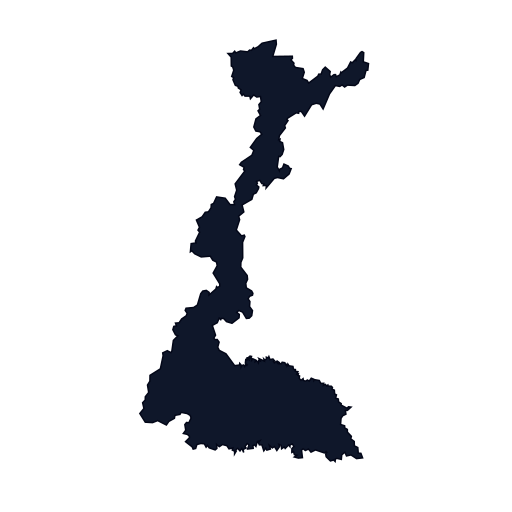 Istmina, Chocó, Colombia, rotated 354°
{"feature_id": "7082276B37005238590154", "entity_name": "Istmina", "entity_type": "district", "adm_level": 2, "iso_a3": "COL", "parent_name": "Colombia", "parent_adm1": "Chocó", "projection": "robinson", "projection_center": [-76.831, 4.831], "detail": "fine", "context": "isolated", "style": "filled", "palette": "ink", "viewbox_px": 512, "rotation_deg": 354, "n_neighbors": 0, "source": "geoboundaries", "source_scale": "gbopen_adm2", "svg_char_len": 6089}
<svg xmlns="http://www.w3.org/2000/svg" viewBox="0 0 512 512"><g transform="rotate(354 256 256)"><path d="M318.9,122.0L327.1,111.4L331.9,110.4L335.5,111.6L338.1,116.8L346.1,102.4L352.8,94.8L357.0,96.1L359.5,94.9L361.8,97.2L364.8,95.6L372.1,96.8L375.5,94.9L377.6,91.3L382.2,89.8L384.8,82.9L386.6,82.9L388.0,76.4L383.0,74.1L384.4,65.0L382.8,63.8L381.2,64.5L376.1,70.2L375.8,72.0L375.1,71.3L371.9,73.9L370.4,72.9L366.7,78.6L360.0,82.7L359.6,82.0L358.3,84.7L354.5,86.1L354.1,83.9L352.5,83.8L348.9,86.0L348.2,83.2L349.1,80.3L344.6,75.4L341.7,77.8L339.8,81.9L337.4,81.7L336.3,83.6L326.5,89.5L325.1,86.7L320.6,84.3L323.2,78.3L322.4,74.6L314.9,72.6L313.3,70.1L313.9,68.2L311.2,64.6L312.9,63.2L313.0,61.1L293.5,59.3L298.4,47.5L298.5,43.4L284.3,45.0L279.8,48.2L276.0,49.7L275.3,48.6L272.9,51.0L271.2,50.5L269.0,52.1L262.0,50.5L257.1,51.9L256.2,50.1L253.9,52.1L249.3,51.7L252.1,55.6L251.3,64.5L252.6,65.4L253.3,68.9L250.6,74.9L252.4,76.2L251.5,78.3L253.3,84.1L255.8,85.3L256.0,87.1L258.6,89.2L257.3,91.7L258.9,94.9L260.3,93.6L261.7,95.8L266.6,96.4L266.9,99.0L270.5,95.6L273.4,98.0L277.1,97.8L277.4,103.1L274.7,105.7L275.0,110.4L273.2,111.8L275.2,116.7L270.3,119.6L267.3,127.5L268.9,131.7L273.0,132.9L274.5,135.5L269.0,139.2L261.7,147.4L264.9,150.7L262.4,155.4L251.2,161.3L249.3,163.5L253.5,166.6L252.6,168.8L253.8,170.3L242.8,182.1L243.7,188.5L240.9,194.7L241.5,197.5L239.6,199.7L240.1,202.7L235.6,202.2L231.4,195.3L223.0,193.1L219.3,199.3L216.9,200.1L216.4,203.3L213.3,207.1L210.1,207.2L206.5,211.4L200.5,214.0L202.8,221.5L201.0,224.2L202.5,226.4L197.3,234.8L197.8,236.7L192.8,236.9L191.2,244.9L192.7,244.1L195.3,247.4L201.4,251.2L210.5,251.4L212.6,255.7L216.1,257.9L216.4,261.6L211.6,268.5L217.0,279.8L216.8,282.2L214.6,283.4L213.6,282.3L212.6,284.7L205.2,289.9L205.6,287.3L203.0,285.0L199.4,285.3L197.1,287.7L192.6,298.6L188.6,300.7L181.0,300.6L179.9,302.7L181.6,305.8L180.3,308.2L175.5,310.8L172.5,314.4L168.9,314.3L169.6,317.2L166.9,317.4L165.6,320.6L167.7,326.0L170.0,327.2L165.0,331.3L162.4,341.7L161.3,343.2L157.9,340.9L153.1,342.6L153.2,345.5L149.1,358.2L138.1,363.6L137.4,369.4L134.6,373.0L135.0,380.5L131.2,384.4L130.8,387.6L127.9,390.1L128.6,395.9L124.0,400.5L128.5,409.7L135.7,410.9L141.0,409.4L149.2,414.7L152.0,411.4L157.9,408.9L158.7,406.0L163.8,405.6L165.2,403.7L171.1,405.5L173.9,407.7L174.5,410.4L171.8,414.8L169.5,414.3L167.6,416.2L167.9,421.9L165.2,424.9L169.2,426.3L170.9,428.3L170.8,429.8L166.5,433.3L172.6,439.2L173.3,441.5L175.9,441.1L177.5,437.3L181.6,436.7L185.0,437.4L186.4,440.9L187.9,439.3L189.4,441.9L195.1,444.6L197.0,443.3L197.1,439.2L199.6,441.8L202.9,440.0L207.2,441.6L209.0,445.0L212.9,444.4L212.1,446.5L214.3,447.9L214.0,450.6L216.0,447.9L215.1,446.9L217.8,445.4L219.7,448.2L221.8,445.8L223.2,450.1L223.0,447.1L226.1,445.9L225.0,444.5L227.7,441.6L229.3,443.1L227.5,447.1L233.1,447.0L233.1,444.2L234.8,443.7L236.0,445.4L238.0,440.6L240.7,440.0L238.9,442.0L239.6,444.2L242.1,444.4L243.4,450.6L245.6,448.1L246.5,450.2L250.1,449.5L249.4,445.6L252.2,448.6L254.4,447.4L256.4,451.6L259.5,448.0L259.0,445.7L261.3,447.0L261.3,450.4L264.2,448.8L264.9,450.5L268.7,447.3L269.8,449.1L270.0,447.5L272.5,446.7L273.8,449.5L271.6,451.2L271.1,455.1L272.9,454.4L273.4,457.6L275.8,458.4L273.1,459.9L277.0,461.4L281.1,461.4L281.0,453.8L282.7,452.6L284.7,454.6L288.0,453.5L290.2,456.8L294.9,455.1L303.4,459.0L305.3,457.7L306.0,458.7L304.6,460.2L304.8,463.0L308.6,467.6L311.9,467.0L313.2,468.6L313.8,466.0L315.6,465.8L319.6,467.2L320.5,462.7L323.9,460.4L325.1,464.3L329.7,463.8L334.8,468.0L340.9,467.9L339.7,463.2L337.1,462.8L337.2,457.1L334.0,455.1L334.3,450.7L331.1,447.7L332.0,445.3L328.5,440.7L328.7,438.0L326.3,436.3L326.4,434.1L322.5,432.4L323.6,426.3L325.6,423.9L328.9,422.7L328.7,419.0L330.8,419.1L334.7,416.2L332.2,415.6L330.6,416.9L325.0,413.1L325.3,411.7L322.9,409.7L322.9,406.8L320.3,405.7L321.5,402.5L319.8,401.4L319.9,397.6L317.6,396.3L318.3,394.7L317.3,393.4L314.1,392.9L314.0,391.8L312.6,392.6L311.6,391.0L309.5,391.8L310.1,389.7L307.1,389.4L305.9,386.4L301.3,385.1L300.6,385.9L300.6,384.6L298.2,383.3L295.8,386.0L294.2,384.7L291.9,385.7L290.1,384.6L290.0,382.9L287.7,384.4L286.2,382.1L286.8,379.9L285.2,379.0L285.8,377.6L284.2,377.8L285.6,375.4L283.1,374.8L283.4,372.4L282.9,373.5L281.4,372.3L281.2,369.7L277.2,368.6L276.8,367.4L275.4,368.7L275.6,366.7L274.4,367.6L273.5,365.1L270.9,364.4L269.9,365.8L267.6,365.6L268.2,364.5L266.3,362.9L266.1,364.6L264.9,363.1L263.0,364.2L262.3,362.8L263.4,362.1L262.1,360.2L259.1,360.5L258.3,357.4L257.6,358.6L255.7,357.7L255.6,359.5L254.0,360.4L253.1,359.3L253.4,361.5L248.2,358.3L249.2,360.9L247.8,360.3L247.2,362.7L245.7,360.2L244.2,361.0L244.7,359.4L242.1,357.9L240.8,359.2L240.8,357.2L239.7,357.2L241.0,355.4L239.6,354.9L238.2,355.9L239.0,356.7L237.3,356.4L238.0,358.4L236.2,357.0L236.1,358.4L235.0,357.9L234.2,361.4L236.0,363.3L235.4,364.0L234.1,363.2L233.2,364.8L232.3,363.1L230.7,363.4L229.5,365.1L229.6,362.5L228.6,361.1L228.2,362.7L223.3,362.8L215.9,350.1L209.6,346.0L208.4,342.7L210.3,337.8L208.7,335.0L206.6,334.9L205.4,333.3L207.5,330.5L205.3,320.5L210.5,318.3L212.9,313.9L214.3,315.6L215.0,314.4L217.3,314.8L219.8,318.2L225.1,320.4L232.7,315.7L233.3,312.3L230.9,310.1L233.2,308.4L236.8,310.4L239.9,317.1L242.8,317.1L245.5,314.9L246.8,309.9L244.3,305.6L245.2,300.7L243.7,297.8L245.4,295.4L248.4,294.6L249.0,292.8L248.0,290.3L243.0,286.6L243.0,282.0L245.2,278.3L245.2,274.5L239.7,265.5L240.3,260.8L242.6,256.5L244.1,241.0L247.0,235.5L246.5,234.0L243.7,234.5L239.1,228.1L243.5,218.2L242.9,214.6L248.5,210.9L247.5,203.8L257.8,199.2L259.8,194.3L262.8,193.2L265.5,189.3L266.0,187.6L263.8,185.4L265.0,183.9L264.2,181.9L267.6,181.1L269.4,184.6L271.5,185.2L270.6,186.7L273.7,187.0L273.2,189.4L282.3,180.7L285.6,180.2L291.4,182.1L297.5,177.9L300.1,172.8L298.5,172.3L297.5,169.9L293.4,167.5L291.6,171.1L288.5,172.3L288.1,173.7L286.4,169.7L289.0,159.2L290.3,159.7L292.6,157.7L294.7,153.0L294.2,146.1L291.5,144.5L292.1,142.3L290.7,142.7L291.9,138.7L298.6,131.7L298.1,129.3L302.0,124.7L300.9,123.5L301.8,122.3L310.9,117.8L313.3,118.5L313.7,116.7L316.2,117.0L318.9,122.0Z" fill="#0f172a" stroke="#020617" stroke-width="1.5"/></g></svg>